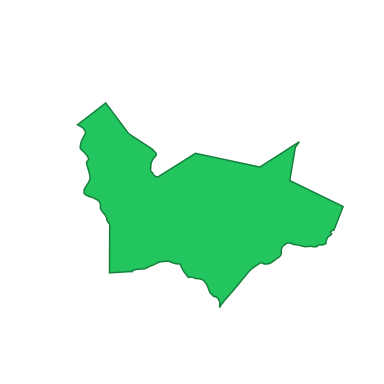 outline of Orocuina, Choluteca, Honduras, rotated 141°
{"feature_id": "27666195B30737546448878", "entity_name": "Orocuina", "entity_type": "district", "adm_level": 2, "iso_a3": "HND", "parent_name": "Honduras", "parent_adm1": "Choluteca", "projection": "orthographic", "projection_center": [-87.128, 13.486], "detail": "fine", "context": "isolated", "style": "filled", "palette": "green", "viewbox_px": 384, "rotation_deg": 141, "n_neighbors": 0, "source": "geoboundaries", "source_scale": "gbopen_adm2", "svg_char_len": 5819}
<svg xmlns="http://www.w3.org/2000/svg" viewBox="0 0 384 384"><g transform="rotate(141 192 192)"><path d="M238.7,316.3L238.4,315.7L238.2,315.2L237.6,313.7L236.8,311.5L236.5,310.6L236.4,310.2L236.4,309.7L236.3,309.3L236.4,308.8L236.4,308.4L236.7,307.3L236.9,306.6L237.0,306.0L237.3,305.5L237.6,305.0L237.9,304.7L238.4,304.4L239.4,303.9L241.3,303.1L242.1,302.8L243.2,302.5L243.9,302.2L244.6,301.8L245.6,301.3L246.6,300.6L247.5,300.0L249.7,298.2L250.4,297.4L251.2,296.5L251.3,296.3L251.4,296.0L251.4,295.5L251.2,293.5L250.7,289.8L250.7,288.6L250.6,287.5L250.7,286.9L250.7,286.2L250.8,285.4L251.0,284.5L251.1,283.9L251.3,283.5L251.4,283.2L251.6,282.9L251.8,282.6L252.0,282.5L252.1,282.3L252.5,282.2L253.2,282.0L254.3,281.8L254.8,281.7L255.1,281.6L255.2,281.4L255.6,281.0L255.9,280.6L256.1,280.1L257.2,277.8L258.0,275.9L259.5,272.3L260.4,270.3L260.6,269.9L262.0,267.6L262.6,266.8L262.8,266.5L263.2,266.2L263.9,265.8L265.1,265.2L266.0,264.8L268.3,263.9L270.3,263.3L271.8,262.8L273.3,262.2L274.3,261.8L274.5,261.6L274.8,261.3L275.1,260.9L275.5,260.2L275.7,259.9L275.9,259.7L276.2,259.5L276.4,259.4L276.6,259.2L276.7,258.7L276.7,258.2L276.7,257.8L276.5,257.1L276.2,256.1L275.3,254.3L274.6,252.9L274.1,252.2L273.5,251.3L273.0,250.6L272.3,249.6L272.1,249.2L271.5,247.5L271.0,246.4L270.5,245.3L270.4,244.8L270.3,244.3L270.2,243.8L270.2,243.4L270.2,242.6L270.3,241.8L270.6,240.9L270.7,240.5L271.1,239.9L271.6,239.2L272.0,238.7L272.7,238.0L273.0,237.7L273.3,237.2L273.4,236.9L273.5,236.6L273.6,236.1L273.9,234.8L274.1,232.8L274.1,231.3L274.0,228.7L274.0,228.3L274.1,228.0L274.3,226.9L274.5,226.1L274.6,225.7L274.8,225.3L275.0,224.9L275.5,224.2L275.8,223.7L275.9,223.4L276.0,222.8L276.1,221.8L276.4,219.9L276.4,218.9L276.5,218.5L277.4,217.3L277.8,216.7L278.5,216.0L307.0,181.1L290.6,169.4L288.7,167.8L288.4,168.0L287.9,168.1L287.6,168.1L287.2,168.1L286.7,168.0L286.2,167.8L285.3,167.5L284.7,167.2L284.1,166.9L282.9,166.1L277.6,162.5L277.0,162.2L276.6,162.0L275.3,161.6L272.1,160.9L269.9,160.3L269.0,160.0L268.3,159.7L267.8,159.5L267.2,159.4L266.2,159.3L265.6,159.1L264.3,158.8L262.9,158.5L262.1,158.2L261.2,157.8L260.4,157.5L259.5,157.0L258.9,156.6L257.8,155.8L255.4,154.3L254.6,153.7L254.2,153.4L253.9,153.1L253.6,152.5L252.4,150.6L251.3,148.7L250.4,147.4L250.0,146.8L249.8,146.5L249.6,146.3L247.5,144.4L247.1,143.9L246.9,143.6L246.8,143.3L246.7,142.9L246.8,142.4L246.8,142.0L247.2,141.2L247.5,140.3L248.2,136.6L248.4,135.3L248.5,134.7L248.4,133.5L248.5,132.6L248.5,131.3L248.6,129.7L248.6,128.8L248.5,128.2L248.4,127.9L248.1,127.6L247.9,127.4L247.3,127.2L246.9,127.0L246.3,126.5L245.8,125.9L245.3,125.4L245.0,125.0L243.8,123.0L243.5,122.4L243.2,122.0L243.0,121.8L242.4,121.4L242.0,121.0L241.0,120.0L240.4,119.3L240.0,118.8L239.8,118.4L239.3,117.6L239.1,117.1L238.9,116.6L238.8,116.1L238.7,115.6L238.6,115.1L238.6,113.8L238.7,112.2L238.8,111.2L239.0,109.9L239.1,109.4L239.3,108.8L240.3,105.8L241.0,103.6L241.2,103.1L241.3,102.5L241.4,101.8L241.3,101.2L241.1,99.8L241.0,98.2L241.0,97.8L240.8,97.4L240.6,96.9L240.3,96.5L239.8,96.0L239.6,95.7L239.3,95.1L239.1,94.6L238.9,93.9L238.8,93.3L238.9,92.8L239.0,91.8L239.1,91.1L239.3,90.4L239.6,89.6L239.9,88.9L240.4,88.1L240.9,87.4L241.1,87.3L242.0,86.4L242.6,85.7L242.8,85.4L242.8,85.2L242.7,85.1L242.5,84.9L242.3,84.9L242.1,84.9L242.0,85.1L241.8,85.4L241.6,85.7L241.3,85.9L240.9,86.0L240.6,86.1L240.0,86.1L239.2,86.2L238.1,86.4L236.6,86.9L234.6,87.3L234.2,87.4L233.3,87.5L232.0,87.7L230.0,88.1L228.1,88.4L225.5,88.9L225.0,89.0L224.0,89.1L221.4,89.5L220.3,89.8L219.4,90.0L216.8,90.5L214.8,90.8L213.3,91.2L211.8,91.5L209.5,92.0L208.9,92.2L208.2,92.4L207.6,92.5L204.3,93.0L201.3,93.7L199.5,94.0L197.8,94.4L194.5,94.7L193.6,94.7L191.3,94.6L188.1,94.3L186.0,94.1L184.2,94.0L183.5,93.9L183.2,93.8L183.1,93.7L182.9,93.6L182.5,93.1L182.2,92.5L181.7,91.6L181.3,90.9L180.6,90.1L179.9,89.5L179.1,88.9L178.6,88.6L178.1,88.3L177.3,87.9L176.1,87.5L174.9,87.2L174.2,87.1L173.8,87.1L171.5,87.0L169.6,87.0L164.9,86.6L164.5,86.7L163.9,86.8L163.4,86.9L163.0,87.0L162.6,87.2L161.9,87.7L161.2,88.1L160.6,88.7L160.2,89.2L159.6,90.1L159.1,90.7L158.7,91.0L158.3,91.4L157.8,91.7L157.1,92.1L156.6,92.4L156.2,92.5L155.8,92.6L154.6,92.7L153.9,92.7L152.9,92.7L151.8,92.6L150.9,92.5L150.3,92.4L149.9,92.2L149.6,92.1L149.3,91.9L149.0,91.6L148.7,91.4L148.4,91.1L148.1,90.6L147.2,89.4L146.8,88.7L146.4,87.8L146.2,87.4L145.7,86.9L145.0,86.2L144.6,85.9L142.8,83.9L140.6,80.9L139.2,79.1L138.9,78.6L138.7,78.4L136.5,76.9L135.5,76.2L134.7,75.7L134.4,75.6L133.9,75.1L133.2,74.2L132.5,73.4L131.9,72.9L131.2,72.3L129.9,71.4L128.8,70.8L128.5,71.0L128.2,71.1L127.6,71.2L127.2,71.2L126.9,71.2L126.2,70.7L125.8,70.4L125.3,70.0L124.7,69.3L124.5,69.1L124.3,69.0L123.6,68.7L122.2,68.1L121.2,67.8L120.9,67.7L120.7,67.8L120.3,67.9L120.0,68.0L119.8,68.1L119.6,68.3L119.4,68.5L119.2,68.7L118.9,69.2L118.7,69.5L118.4,69.6L116.9,70.5L115.9,71.1L115.4,71.3L114.9,71.4L114.1,71.4L113.5,71.4L112.0,71.3L111.0,71.3L110.4,71.4L110.1,71.5L109.7,71.7L109.7,71.8L109.7,72.1L109.8,72.5L109.8,72.8L109.9,73.5L109.5,73.9L109.1,74.0L108.7,74.0L108.0,73.9L106.7,73.5L106.4,73.3L105.8,73.0L83.7,85.6L108.8,139.4L83.7,161.6L77.0,163.5L123.7,168.7L124.2,169.5L165.0,219.9L208.8,225.1L209.4,225.6L209.9,226.2L210.4,226.9L210.6,227.1L210.7,227.4L210.8,227.7L210.9,228.1L210.9,228.5L211.0,229.1L211.0,229.5L210.9,229.8L210.8,230.2L210.8,230.5L210.7,231.2L210.7,232.1L210.8,233.2L210.8,233.8L210.7,234.7L210.6,234.9L209.9,235.7L208.3,237.3L207.3,238.4L206.4,239.4L205.9,239.9L205.6,240.1L204.7,240.7L203.5,241.3L202.8,241.6L202.0,242.0L201.5,242.1L201.0,242.2L199.8,242.4L198.5,242.6L197.4,242.9L196.7,243.1L196.5,243.3L196.3,243.5L196.1,243.8L195.9,244.1L195.6,244.7L195.6,245.0L195.5,245.4L195.5,245.8L195.6,246.4L195.8,247.7L195.8,248.1L195.8,248.8L195.7,249.6L204.5,277.2L203.0,315.5L238.7,316.3Z" fill="#22c55e" stroke="#15803d" stroke-width="1.5"/></g></svg>